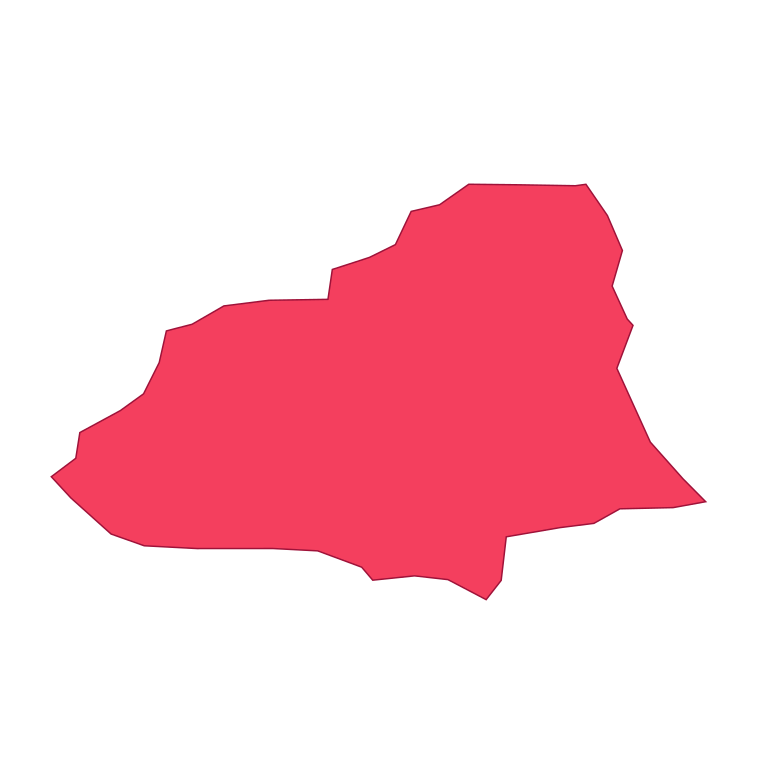 outline of Ängelholm, Skåne, Sweden, rotated 183°
{"feature_id": "70781695B30639939072107", "entity_name": "Ängelholm", "entity_type": "district", "adm_level": 2, "iso_a3": "SWE", "parent_name": "Sweden", "parent_adm1": "Skåne", "projection": "natural_earth1", "projection_center": [12.99, 56.279], "detail": "fine", "context": "isolated", "style": "filled", "palette": "rose", "viewbox_px": 768, "rotation_deg": 183, "n_neighbors": 0, "source": "geoboundaries", "source_scale": "gbopen_adm2", "svg_char_len": 756}
<svg xmlns="http://www.w3.org/2000/svg" viewBox="0 0 768 768"><g transform="rotate(183 384 384)"><path d="M192.8,594.0L203.3,592.0L259.4,590.0L309.8,587.9L337.9,565.9L365.9,557.8L379.9,523.8L405.1,509.7L426.6,501.4L441.6,495.7L444.4,465.6L503.2,461.6L548.0,453.6L578.8,433.6L595.4,428.4L604.1,425.6L609.6,393.6L623.6,361.6L646.0,343.6L685.2,319.6L687.9,293.7L711.4,274.0L690.7,253.8L648.7,219.9L615.0,209.9L561.9,209.9L486.3,213.9L441.5,213.9L396.7,199.9L385.0,187.5L343.5,194.0L309.9,192.0L270.7,174.0L256.7,194.0L253.9,237.8L200.7,249.8L167.1,255.8L141.9,271.7L88.7,275.7L56.6,283.3L80.5,305.0L115.0,339.9L152.3,411.8L138.4,455.6L144.5,461.6L161.3,493.7L152.9,529.8L169.7,563.9L192.8,594.0Z" fill="#f43f5e" stroke="#9f1239" stroke-width="1.5"/></g></svg>